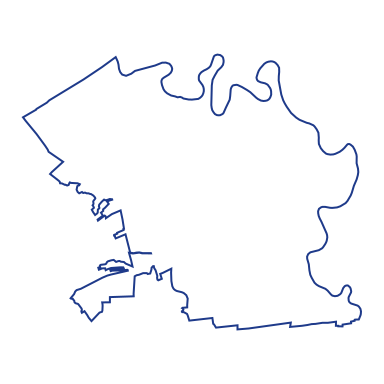 outline of Trifesti, Iasi, Romania
{"feature_id": "2599482B92567311589859", "entity_name": "Trifesti", "entity_type": "district", "adm_level": 2, "iso_a3": "ROU", "parent_name": "Romania", "parent_adm1": "Iasi", "projection": "mercator", "projection_center": [27.494, 47.452], "detail": "fine", "context": "isolated", "style": "outline", "palette": "blue", "viewbox_px": 384, "rotation_deg": 0, "n_neighbors": 0, "source": "geoboundaries", "source_scale": "gbopen_adm2", "svg_char_len": 5915}
<svg xmlns="http://www.w3.org/2000/svg" viewBox="0 0 384 384"><path d="M358.8,319.5L360.5,315.3L360.8,314.1L361.0,311.4L360.4,308.8L358.9,306.6L357.6,305.6L351.1,303.5L349.9,302.6L349.1,301.7L348.7,300.6L348.5,298.0L348.8,296.8L351.0,292.5L351.2,291.3L350.6,288.5L350.0,287.3L348.1,285.6L347.2,285.4L345.9,285.6L344.7,286.2L343.2,288.1L341.3,292.9L340.2,294.2L337.6,295.8L334.9,296.2L332.3,295.6L330.9,294.4L327.6,290.6L325.4,288.8L318.9,286.1L316.5,284.6L314.5,282.7L311.7,277.8L310.3,274.8L309.4,270.3L308.8,264.3L307.2,258.8L307.1,256.6L308.2,254.1L310.4,252.3L318.8,250.2L322.1,248.3L323.1,247.2L325.2,244.1L326.1,242.4L326.7,240.8L327.3,237.4L327.1,235.2L326.6,233.4L321.5,221.9L319.7,218.4L318.7,215.9L318.2,213.4L318.1,211.2L319.0,208.8L321.1,207.3L322.3,206.9L325.3,206.9L330.1,207.8L332.4,207.9L337.1,207.4L340.3,206.3L345.6,203.1L347.5,200.9L350.7,195.5L351.8,192.8L353.9,185.8L356.6,179.5L357.8,175.3L358.3,172.1L358.0,168.6L356.6,163.2L356.7,156.5L356.4,154.4L354.7,149.8L352.9,146.6L350.5,144.6L349.2,144.0L347.9,144.1L347.2,144.6L344.4,147.9L342.4,149.8L339.7,151.8L335.4,153.8L333.3,154.4L330.4,154.6L327.4,154.1L326.0,153.6L323.1,151.1L320.8,148.2L318.9,144.0L318.7,140.5L318.8,137.7L318.4,132.7L316.7,129.4L314.7,126.6L313.4,125.3L309.2,123.4L306.7,122.8L299.5,119.8L296.2,117.6L291.1,113.0L286.7,106.7L284.7,103.3L283.2,100.3L281.3,94.6L278.7,80.5L278.8,76.1L279.2,71.9L279.1,67.8L277.7,65.2L275.7,63.0L274.4,62.1L272.7,61.5L270.9,61.3L268.4,61.7L266.4,62.4L264.3,63.8L260.3,68.3L258.8,70.6L257.8,73.1L256.5,77.4L256.7,78.7L257.2,80.0L258.1,81.1L260.7,82.3L265.0,83.3L267.0,84.3L267.9,85.0L270.0,87.9L270.7,89.4L271.1,91.2L271.2,94.5L270.9,95.6L270.3,97.2L269.5,98.6L268.5,99.6L267.2,100.4L265.6,100.8L263.6,101.0L261.0,100.6L257.9,99.0L256.2,97.7L250.3,92.2L247.0,90.0L241.9,87.0L237.6,85.0L236.4,84.8L233.7,85.2L232.7,85.6L231.7,86.9L231.1,88.1L230.7,89.5L230.2,96.0L229.7,99.7L225.9,107.6L223.5,113.0L222.6,114.0L220.1,115.2L218.5,115.3L216.9,115.1L215.0,114.1L213.7,112.5L212.3,110.3L211.7,108.0L211.3,105.1L211.8,85.4L212.6,79.8L214.7,75.7L217.7,70.6L221.3,67.2L223.0,64.8L223.6,62.0L223.6,60.4L223.3,58.8L223.0,57.6L222.3,56.6L220.3,55.1L217.4,54.6L215.4,55.2L214.4,55.8L213.8,56.7L211.0,64.8L210.2,66.4L208.8,67.8L206.7,69.2L204.0,70.5L201.5,72.1L200.2,73.5L199.3,74.9L198.9,76.1L198.8,77.3L198.8,79.2L199.1,80.5L202.5,85.1L203.4,87.1L203.8,89.1L203.8,91.2L203.3,93.3L202.5,95.2L201.6,96.4L200.2,97.7L198.3,98.9L192.0,99.6L188.6,99.5L183.4,98.5L181.9,97.5L180.1,96.9L177.6,97.3L175.1,96.4L171.1,95.5L167.1,93.3L164.9,91.3L163.5,89.2L162.0,85.1L161.4,82.0L161.5,80.7L162.0,79.4L162.5,78.7L163.9,77.6L168.7,74.7L170.8,72.7L171.8,70.8L172.2,68.9L171.8,67.3L171.1,65.8L169.4,63.8L165.8,62.6L162.1,62.7L155.1,65.5L135.0,70.9L131.3,73.7L126.1,75.8L122.2,74.6L120.2,72.1L119.0,68.8L118.5,64.6L117.7,61.5L115.7,57.1L102.0,67.1L83.5,79.5L49.3,100.3L46.8,102.7L36.4,109.0L36.1,109.7L23.0,117.3L25.7,120.9L36.6,134.1L45.1,145.7L47.7,149.6L48.6,151.8L63.1,161.8L51.9,172.0L50.1,174.0L58.8,180.8L59.7,181.7L60.1,183.3L61.9,183.4L64.8,184.8L65.4,184.7L66.2,185.1L66.6,185.1L67.1,185.5L68.6,185.0L69.4,183.0L69.9,182.4L70.8,182.9L77.6,183.3L79.8,184.2L79.2,185.3L78.3,185.5L77.3,186.2L76.6,189.7L77.7,192.0L79.2,193.3L82.0,192.0L83.2,193.0L85.0,192.6L86.6,193.3L88.5,193.3L89.9,193.9L91.1,194.1L93.4,195.6L95.1,197.6L95.3,198.5L93.4,201.0L93.2,201.7L93.5,203.3L93.3,204.4L92.6,205.3L93.4,206.4L93.9,207.8L91.8,209.7L93.1,212.1L95.1,215.0L97.3,213.3L97.7,212.5L97.9,209.5L99.3,208.3L99.4,207.8L98.9,206.4L99.2,204.7L101.6,201.9L104.0,199.6L104.5,199.7L105.2,200.3L107.1,200.0L109.8,199.0L112.1,199.3L112.2,199.7L108.9,200.7L107.2,201.7L108.7,203.9L105.1,207.7L103.1,209.4L103.2,210.9L101.0,212.7L102.9,215.6L97.6,219.6L98.0,220.6L104.7,215.6L105.5,216.2L105.8,216.8L105.9,218.2L111.9,214.1L120.6,210.4L122.5,219.4L124.0,228.8L123.4,229.0L123.6,230.0L117.1,232.8L117.2,233.7L114.1,234.9L114.0,235.2L114.2,235.8L114.8,235.8L114.9,236.0L115.0,236.8L115.7,238.4L125.5,234.3L130.2,252.7L133.7,253.2L136.4,252.6L139.3,252.4L142.5,253.1L150.9,253.1L151.0,253.4L142.0,253.3L139.3,252.6L132.9,253.5L129.0,252.8L131.1,260.3L132.5,266.5L125.7,263.6L123.9,262.0L120.9,261.7L119.6,261.0L118.3,261.1L116.1,261.9L113.7,259.9L111.3,260.3L108.0,261.3L106.9,262.2L106.2,263.7L105.1,264.3L100.9,264.8L100.2,265.2L99.8,266.0L100.2,267.1L98.3,267.7L98.9,269.7L102.2,268.4L104.9,268.3L105.2,268.3L105.7,270.2L108.1,269.0L111.1,268.0L120.4,267.3L123.3,267.4L123.7,268.3L112.2,268.9L110.1,269.4L110.7,271.1L112.5,270.6L122.1,270.4L127.2,269.8L127.6,269.9L127.8,270.7L111.2,274.5L107.3,275.6L102.4,277.7L80.8,288.8L76.6,290.1L75.2,291.5L74.1,294.1L70.6,298.3L71.1,298.7L72.8,298.8L73.0,299.4L74.2,300.6L74.5,302.2L75.0,302.8L76.0,303.4L77.7,303.8L78.3,304.2L81.6,308.6L81.9,310.0L81.4,311.0L81.4,311.7L81.9,312.8L84.5,311.2L87.3,315.2L88.7,317.7L91.5,321.1L99.5,312.6L102.0,311.8L102.4,310.4L102.6,306.1L102.6,304.9L102.2,302.4L109.9,302.3L109.9,297.1L133.7,296.3L133.6,293.8L134.7,276.3L136.7,275.2L138.9,274.8L143.2,273.1L146.8,273.1L147.7,274.0L150.2,273.5L151.4,269.7L151.6,267.7L153.1,266.1L153.8,266.1L154.2,268.1L155.6,270.3L157.3,275.9L157.1,277.8L157.3,279.1L157.5,279.2L157.6,279.8L158.3,280.3L161.8,278.8L160.2,273.9L162.8,272.9L171.3,268.7L171.1,272.7L171.4,281.1L172.3,286.2L173.2,288.1L173.9,289.1L175.4,290.3L176.9,291.0L181.8,292.2L183.7,293.0L186.3,295.2L187.7,298.6L187.2,304.9L187.2,307.4L182.5,307.8L182.2,308.1L182.6,308.3L183.4,309.6L183.1,310.3L181.9,311.3L181.9,311.8L182.2,312.1L183.7,312.1L187.0,313.9L187.7,315.4L189.3,320.6L212.4,318.0L213.2,323.8L214.0,324.4L216.0,327.6L237.5,325.3L237.5,329.4L248.5,328.5L290.8,322.6L290.1,326.9L301.9,325.8L307.4,325.0L311.7,324.1L315.5,323.9L322.5,322.8L327.9,322.8L336.0,321.7L335.9,325.8L338.2,325.8L338.2,326.3L342.5,326.4L342.6,324.6L351.1,323.3L351.0,321.6L354.6,320.8L354.6,319.9L355.0,319.6L358.8,319.5Z" fill="none" stroke="#1e3a8a" stroke-width="2"/></svg>